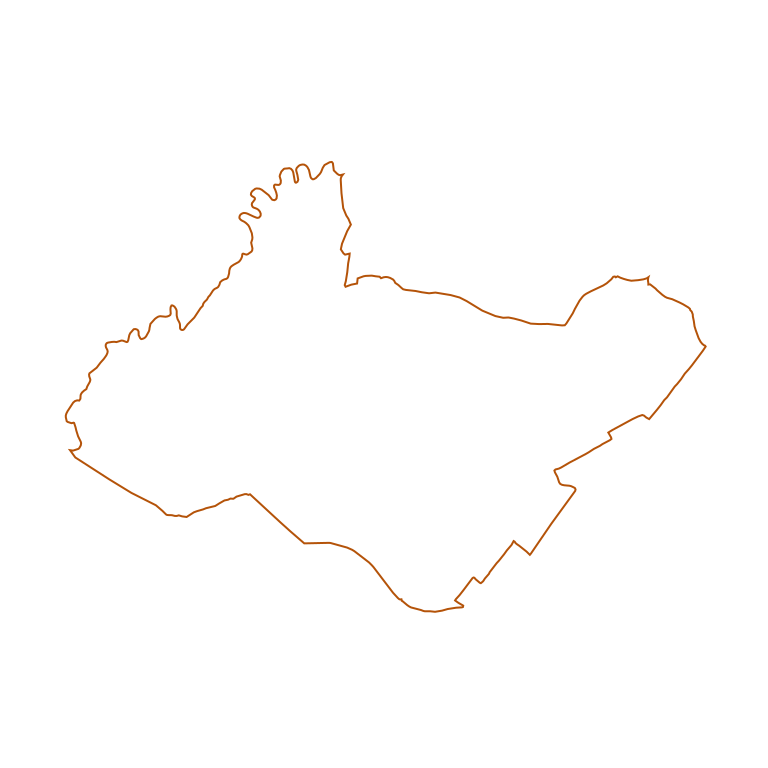 outline of Porumbesti, Satu Mare, Romania, rotated 117°
{"feature_id": "2599482B57737468340050", "entity_name": "Porumbesti", "entity_type": "district", "adm_level": 2, "iso_a3": "ROU", "parent_name": "Romania", "parent_adm1": "Satu Mare", "projection": "equal_earth", "projection_center": [22.962, 47.979], "detail": "fine", "context": "isolated", "style": "outline", "palette": "amber", "viewbox_px": 768, "rotation_deg": 117, "n_neighbors": 0, "source": "geoboundaries", "source_scale": "gbopen_adm2", "svg_char_len": 6166}
<svg xmlns="http://www.w3.org/2000/svg" viewBox="0 0 768 768"><g transform="rotate(117 384 384)"><path d="M585.5,633.7L589.6,625.7L593.7,585.3L595.7,559.6L595.6,532.2L597.6,523.9L599.2,518.9L599.2,517.9L598.4,515.9L597.2,513.5L596.5,510.5L595.6,508.7L594.2,507.2L593.6,503.8L592.1,499.5L584.7,495.2L582.3,493.0L577.8,488.2L575.5,486.2L569.3,479.0L564.9,476.4L560.2,473.3L557.9,470.4L555.8,468.8L554.8,466.4L554.5,466.0L551.3,464.3L545.4,458.1L544.6,456.7L544.3,454.4L543.1,453.3L554.2,413.9L557.8,400.5L562.2,382.7L550.4,360.7L549.9,359.3L546.5,342.6L546.2,337.1L546.4,334.5L549.8,316.3L550.9,312.9L551.8,310.5L565.9,281.2L568.4,274.5L568.8,272.8L568.7,271.9L567.9,270.7L569.1,269.7L569.0,269.3L570.5,262.8L570.8,260.4L570.8,258.4L568.6,248.4L568.4,246.3L568.1,244.8L565.5,239.6L563.8,235.1L559.6,229.4L555.6,225.1L550.6,218.2L547.6,213.1L546.8,212.4L545.5,212.8L545.2,218.4L544.6,222.4L543.2,222.3L537.7,220.8L531.0,219.5L516.7,217.0L515.8,216.4L515.6,215.5L516.4,213.6L517.6,208.5L517.5,207.3L516.2,206.7L514.6,206.1L511.5,205.8L505.5,204.3L503.7,204.4L492.5,202.3L489.3,201.4L481.1,199.7L476.5,199.0L469.5,197.3L465.1,197.2L465.2,195.9L466.0,194.6L466.4,192.8L466.7,190.3L468.6,180.9L470.0,176.5L468.4,176.1L432.7,171.5L392.5,165.1L390.9,165.5L390.0,166.8L390.0,169.0L390.1,171.1L390.5,172.7L392.4,177.4L393.0,179.6L393.0,181.6L392.1,183.3L388.0,187.4L385.1,191.6L383.7,192.9L382.3,192.4L380.0,189.8L377.9,188.2L369.6,182.9L354.7,172.4L351.9,170.6L346.5,167.5L341.0,163.5L338.4,162.1L331.6,157.3L329.7,156.4L328.5,157.4L325.4,162.1L321.3,159.6L302.4,146.6L297.5,142.8L294.4,139.8L294.1,138.0L294.8,135.1L294.9,131.8L283.2,129.1L277.3,127.9L271.1,127.0L267.5,125.8L254.3,123.8L251.0,122.8L244.9,121.5L238.2,120.7L232.2,119.1L227.5,118.1L209.6,115.0L204.6,114.4L204.1,115.3L204.2,116.6L203.7,118.8L202.6,121.2L200.3,124.5L194.5,130.7L191.6,133.5L187.3,136.5L183.7,139.4L181.8,140.5L179.8,142.7L179.1,144.7L178.1,145.6L177.6,147.8L177.2,153.7L177.2,157.6L177.6,165.7L178.7,171.0L178.7,173.1L178.2,176.4L176.5,183.2L175.7,185.4L174.4,192.1L175.4,193.6L173.9,194.4L172.0,195.8L169.5,196.8L168.8,196.9L170.6,197.9L173.0,200.4L176.1,204.7L179.7,210.5L180.8,214.4L181.5,218.0L182.0,221.8L182.0,224.7L183.7,225.9L183.4,227.1L184.4,228.4L187.5,229.0L193.2,231.3L196.7,233.4L207.4,241.7L211.8,244.8L214.0,246.0L216.1,246.7L220.9,247.6L230.4,248.0L235.3,247.9L247.3,249.0L249.6,249.6L251.0,252.0L256.1,265.3L260.1,272.8L263.6,280.7L265.1,290.6L266.7,297.9L268.2,303.2L270.9,307.9L272.9,315.6L274.0,329.7L272.6,348.0L272.6,355.9L274.5,365.0L279.2,379.7L282.7,385.0L285.1,392.0L286.8,398.1L290.2,407.1L290.9,409.9L290.5,411.9L289.3,416.1L288.8,419.9L287.5,421.6L286.8,423.3L286.7,426.7L287.1,429.1L287.8,430.9L289.0,432.7L291.1,434.7L290.4,436.6L291.8,440.3L293.0,444.1L296.0,449.4L297.3,451.1L301.9,455.4L306.7,453.6L310.3,458.2L314.8,462.4L313.7,463.9L309.7,464.7L301.0,467.5L292.8,470.7L286.4,472.6L283.4,473.8L286.4,477.4L286.0,479.4L283.6,483.6L278.0,485.1L264.6,486.2L257.0,485.9L252.9,490.8L251.0,494.1L245.8,500.2L233.3,508.5L222.0,515.1L220.5,515.8L218.2,516.1L216.0,515.7L217.9,517.9L218.2,519.4L217.9,521.3L216.5,525.7L210.6,529.7L209.9,531.0L210.0,531.6L211.1,533.1L215.9,536.4L219.1,536.7L223.8,536.3L226.1,536.6L231.4,538.2L233.2,539.4L233.8,540.1L234.0,540.7L233.6,542.4L232.7,543.6L227.4,548.0L225.6,550.6L225.2,551.5L224.8,553.0L224.8,554.8L225.5,556.4L226.9,558.1L228.3,559.0L231.0,559.8L232.5,559.7L233.7,559.1L237.0,556.1L241.0,553.1L243.1,552.9L244.4,553.6L244.7,554.1L244.6,554.7L244.0,555.4L236.7,560.9L235.3,562.5L234.5,564.6L234.7,566.4L235.5,567.5L237.3,570.4L237.9,570.9L241.3,571.9L245.1,571.6L246.4,571.2L249.5,568.3L251.8,567.3L252.8,567.3L253.9,567.7L254.6,568.5L255.8,571.6L256.6,572.0L257.2,572.0L258.7,571.2L260.5,568.9L262.5,566.8L264.7,565.0L267.4,564.0L268.7,564.2L269.9,565.0L270.4,566.3L270.5,567.5L268.1,572.5L266.4,581.2L266.5,583.6L267.6,586.3L268.6,587.4L272.1,589.0L274.3,589.1L275.8,588.5L276.5,587.1L276.7,584.4L277.0,583.5L277.7,583.0L278.4,582.9L282.8,583.7L284.1,583.3L285.1,582.5L285.8,581.4L286.0,580.5L285.6,577.0L285.8,575.0L286.7,572.9L288.2,571.2L289.7,570.5L290.6,570.4L292.4,570.9L293.3,571.9L293.7,573.1L294.0,576.3L294.2,583.0L294.5,584.7L295.2,586.5L296.3,587.7L298.0,588.7L299.4,588.9L301.0,588.6L302.0,587.9L302.6,586.6L302.9,585.2L302.9,582.0L303.3,579.7L304.2,576.9L305.4,575.1L309.7,570.2L313.1,567.8L314.8,567.1L318.4,566.5L322.9,562.8L324.8,562.1L326.2,562.2L330.2,564.3L331.1,565.2L331.5,566.7L331.7,568.4L332.2,569.1L332.9,569.1L334.9,568.3L337.4,568.1L339.4,568.3L341.3,568.9L346.0,572.1L348.4,573.4L349.5,573.7L350.9,573.8L353.2,573.3L355.9,572.2L359.5,571.5L360.8,571.6L361.9,572.2L363.3,573.8L365.2,575.2L367.7,576.2L370.2,575.7L372.7,575.8L373.7,576.2L376.3,578.1L378.3,578.8L384.1,579.4L386.0,580.0L389.2,580.1L392.4,581.2L394.4,581.5L396.7,581.0L399.7,581.9L411.0,583.2L420.0,586.1L426.0,587.0L427.0,587.6L427.6,588.5L427.7,589.5L427.5,590.3L426.8,591.1L424.1,592.5L423.0,593.3L422.0,594.4L419.9,597.4L418.2,598.9L416.9,599.9L413.2,601.8L412.2,602.6L411.4,603.6L410.2,605.8L410.0,607.3L410.1,608.4L410.5,609.0L412.4,609.0L414.4,608.2L418.1,606.0L419.5,605.8L420.6,606.3L422.1,607.6L423.2,609.1L425.2,614.2L425.9,615.1L426.6,615.8L428.2,616.8L430.1,617.7L436.5,619.4L440.6,618.3L442.2,617.7L443.8,617.4L449.6,617.6L451.3,618.1L452.6,618.9L453.9,620.2L454.2,620.8L453.9,622.0L451.8,624.8L448.7,626.5L447.8,627.7L447.6,629.1L448.0,630.7L448.9,631.9L454.0,633.2L456.2,633.1L461.3,631.7L462.9,631.7L463.5,632.4L463.9,636.2L464.5,637.7L468.1,641.4L468.9,643.6L470.1,645.6L472.4,648.7L473.5,649.6L475.0,649.8L476.4,649.3L477.6,648.3L479.3,645.9L480.6,644.9L482.1,644.5L484.5,644.4L488.7,645.0L493.7,646.3L499.9,647.4L508.2,651.3L509.4,651.1L511.0,650.1L513.2,647.8L514.3,647.3L515.9,647.1L521.0,647.3L523.7,646.9L526.0,648.2L528.7,649.2L530.8,649.4L531.8,649.2L535.0,647.8L537.1,648.0L537.9,650.0L539.5,651.6L541.7,652.5L551.9,653.6L554.6,653.6L556.6,653.2L558.1,652.4L561.2,649.8L561.4,648.6L560.8,644.7L559.4,643.0L559.4,642.4L562.6,639.2L565.2,637.0L569.5,632.8L573.1,628.0L574.2,627.0L576.4,626.3L579.2,626.4L580.5,626.8L584.5,630.8L585.5,633.7Z" fill="none" stroke="#b45309" stroke-width="2"/></g></svg>